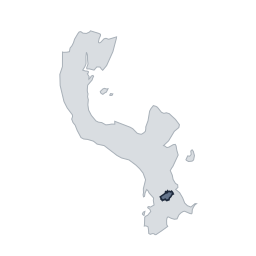 location of Gualaca, Chiriquí, Panama, rotated 235°
{"feature_id": "35544464B22441081783437", "entity_name": "Gualaca", "entity_type": "district", "adm_level": 2, "iso_a3": "PAN", "parent_name": "Panama", "parent_adm1": "Chiriquí", "projection": "albers", "projection_center": [-82.239, 8.607], "detail": "fine", "context": "in_parent", "style": "filled", "palette": "slate", "viewbox_px": 256, "rotation_deg": 235, "n_neighbors": 0, "source": "geoboundaries", "source_scale": "gbopen_adm2", "svg_char_len": 5097}
<svg xmlns="http://www.w3.org/2000/svg" viewBox="0 0 256 256"><g transform="rotate(235 128 128)"><path d="M227.8,117.9L227.1,118.4L225.2,121.3L224.1,123.8L226.7,126.4L227.5,129.2L229.1,132.2L231.4,135.2L234.0,140.9L234.7,143.1L234.0,144.6L231.5,145.5L229.3,148.2L228.7,151.5L229.1,153.0L222.3,158.3L220.6,159.2L219.4,158.4L217.9,155.8L216.1,153.8L215.2,153.0L214.6,153.0L214.1,153.5L213.8,154.6L214.8,159.5L214.1,161.4L211.8,163.0L209.2,170.9L208.1,169.9L199.2,159.4L191.4,146.3L189.8,140.4L191.8,140.0L193.7,140.1L194.7,139.2L195.9,137.4L194.9,133.4L198.5,130.3L199.9,128.3L200.9,128.5L203.4,132.0L206.9,133.9L211.3,136.8L213.9,137.4L210.5,134.4L204.7,130.5L203.0,127.8L201.4,124.1L199.1,125.8L198.1,127.1L196.9,127.9L195.9,127.0L195.7,125.8L192.3,125.6L191.4,124.5L190.4,123.9L190.9,126.2L191.6,127.7L191.2,129.4L190.1,129.5L189.1,127.7L187.9,126.1L186.2,119.5L182.3,116.3L180.5,115.3L179.0,114.9L176.8,112.8L173.9,111.7L170.0,108.4L165.2,106.0L159.3,105.2L152.2,105.8L149.8,107.1L148.2,108.8L147.5,109.6L143.3,111.6L141.7,114.4L140.7,116.7L138.7,119.4L141.1,121.0L127.4,130.2L124.7,131.5L118.5,132.5L117.1,133.5L115.2,135.3L115.0,138.0L115.3,140.3L117.1,142.1L118.7,143.2L122.5,148.6L129.4,155.4L130.7,157.9L131.8,161.6L129.7,163.3L128.1,164.0L121.7,164.4L119.4,165.8L118.5,168.1L116.1,170.0L107.8,171.8L101.2,172.0L99.2,169.9L98.7,164.0L94.2,153.9L93.2,147.0L92.1,147.8L89.7,148.6L88.9,150.4L88.4,155.5L87.5,157.3L85.7,157.1L82.0,155.3L77.1,153.6L70.8,142.7L70.1,140.7L68.9,138.2L64.0,137.2L59.9,135.4L55.4,135.1L53.0,136.1L50.7,134.8L50.3,131.8L45.5,133.2L39.5,132.7L34.0,131.4L30.3,132.1L27.2,134.2L27.6,139.6L26.7,140.7L26.6,138.5L25.5,135.9L24.2,133.8L21.5,131.6L21.3,130.8L22.4,129.7L27.4,126.6L28.0,125.2L28.1,122.5L27.6,119.8L25.4,116.0L26.7,113.6L29.2,111.6L31.9,110.1L32.3,109.5L31.8,108.2L30.3,106.7L26.7,104.3L24.6,104.1L24.5,97.2L24.6,89.8L25.1,89.0L26.5,88.6L27.5,87.5L28.1,85.3L29.7,84.5L32.5,86.2L35.4,87.7L36.6,87.2L37.5,86.5L38.1,85.8L38.3,85.1L40.6,87.0L45.3,90.5L45.6,92.3L45.2,93.9L46.5,98.7L48.9,99.3L51.4,98.4L52.0,99.3L51.5,100.2L50.3,101.1L50.0,105.2L54.0,107.1L56.0,108.8L62.7,108.0L65.2,108.4L66.9,108.0L65.0,104.7L62.5,102.3L62.7,101.2L64.6,102.0L66.1,103.6L69.4,105.7L75.5,112.7L82.4,114.5L87.9,114.2L93.1,113.2L101.3,110.5L107.2,105.5L111.9,103.2L127.2,98.4L132.6,93.4L134.9,92.8L137.1,92.1L141.8,88.4L144.4,85.4L147.1,84.0L155.2,85.0L160.5,86.3L164.1,86.1L167.6,87.0L169.1,89.1L170.7,90.0L179.3,89.7L186.3,90.7L201.7,96.8L211.0,102.9L215.9,109.5L227.8,117.9ZM73.4,168.0L71.4,168.1L67.3,166.6L64.3,163.5L64.1,162.5L64.1,161.5L65.8,158.4L68.0,157.3L68.8,157.3L70.9,160.9L69.5,162.3L70.1,164.6L73.1,166.2L73.4,168.0ZM172.3,132.7L171.6,134.2L169.8,130.8L170.1,129.9L170.0,126.7L171.6,125.9L172.8,125.8L173.8,126.2L174.4,129.9L173.9,131.6L172.3,132.7ZM50.3,92.3L50.0,94.0L47.1,90.9L48.8,90.4L49.4,90.5L50.3,92.3ZM166.2,133.5L164.6,135.1L163.9,133.6L165.0,131.9L165.4,131.9L166.2,133.5Z" fill="#d9dde1" stroke="#a8b0b8" stroke-width="1"/><path d="M45.9,120.4L45.9,120.5L46.0,120.5L46.1,120.8L46.3,121.0L46.5,121.3L46.6,121.5L46.8,121.7L46.9,121.8L47.0,122.0L47.1,122.3L47.0,122.5L47.0,122.8L47.1,123.0L47.1,123.3L47.1,123.5L47.3,123.8L47.3,124.0L47.5,124.4L47.6,124.5L47.8,124.9L47.9,125.0L47.9,125.3L47.9,125.5L48.0,125.6L48.4,126.2L48.5,126.3L48.4,126.4L48.5,126.5L48.4,126.6L48.2,126.8L48.2,127.0L47.9,127.2L47.9,127.3L48.1,127.3L48.2,127.2L48.3,127.0L48.4,127.3L48.5,127.3L48.8,127.2L49.0,127.2L49.1,127.3L49.2,127.5L49.3,127.5L49.4,127.4L49.6,127.6L49.8,127.5L49.8,127.4L50.0,127.5L50.3,127.6L50.5,127.5L50.8,127.5L51.0,127.5L51.3,127.5L51.3,127.4L51.2,126.8L51.1,126.3L51.3,126.2L51.5,126.1L51.5,126.3L51.7,126.2L51.8,126.0L51.9,125.9L52.0,125.8L52.2,125.7L52.3,125.7L52.4,125.4L52.4,125.2L52.5,125.1L52.7,124.9L52.8,124.9L53.0,124.7L53.0,124.4L53.3,124.3L53.5,124.3L53.4,124.2L53.5,124.1L53.4,124.0L53.4,123.9L53.3,123.7L53.2,123.7L53.0,123.4L53.3,123.4L53.5,123.4L53.6,123.2L53.6,122.9L53.9,122.8L53.8,122.6L54.0,122.6L54.3,122.6L54.3,122.4L54.3,122.2L54.2,122.1L53.9,122.2L53.9,122.3L53.7,122.5L53.5,122.4L53.5,122.2L53.2,122.1L52.9,122.8L53.0,123.0L53.0,123.3L52.9,123.3L52.8,123.5L52.7,123.5L52.7,123.4L52.6,123.2L52.5,122.9L52.6,122.7L52.8,122.3L52.8,122.2L53.0,122.1L53.0,121.8L53.1,121.7L53.3,121.6L53.3,121.4L53.3,121.2L53.3,120.8L53.1,120.7L53.1,119.1L53.1,115.2L53.1,114.9L52.8,114.9L52.8,115.0L52.6,114.9L52.5,115.0L52.4,115.0L52.2,114.9L51.9,114.8L51.7,114.8L51.4,114.6L51.1,114.4L50.9,114.3L50.7,114.2L50.6,114.3L50.5,114.6L50.6,114.8L50.4,114.8L50.2,114.7L49.9,114.5L49.7,114.5L49.4,114.5L49.5,114.6L49.4,114.7L49.4,114.8L49.2,115.0L49.1,115.3L48.9,115.4L48.9,115.5L48.7,115.5L48.6,115.8L48.5,116.0L48.5,116.3L48.4,116.5L48.3,116.8L48.3,117.0L48.4,117.3L48.4,117.5L48.5,117.6L48.4,117.7L48.4,117.8L48.2,117.9L47.9,117.8L47.5,117.7L47.4,117.8L47.2,117.9L46.9,117.9L46.7,117.9L46.7,118.0L46.4,118.2L46.2,118.3L46.2,118.5L46.1,118.8L46.2,119.1L46.4,119.1L46.4,119.3L46.3,119.5L46.3,119.4L46.2,119.4L46.0,119.5L45.9,119.6L45.8,119.8L45.9,120.0L45.7,120.1L45.8,120.2L45.8,120.3L45.9,120.4Z" fill="#64748b" stroke="#1e293b" stroke-width="1.5"/></g></svg>